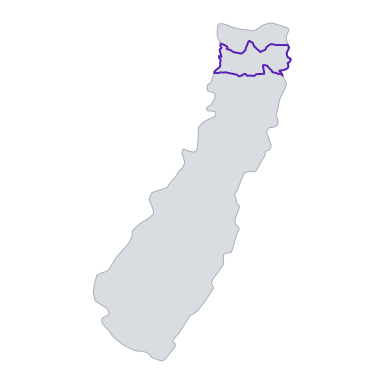 where Bhojpur sits in Nepal, rotated 270°
{"feature_id": "NPL-1134", "entity_name": "Bhojpur", "entity_type": "District", "adm_level": 1, "iso_a3": "NPL", "parent_name": "Nepal", "parent_adm1": "", "projection": "orthographic", "projection_center": [87.293, 27.148], "detail": "fine", "context": "in_parent", "style": "outline", "palette": "violet", "viewbox_px": 384, "rotation_deg": 270, "n_neighbors": 0, "source": "natural_earth", "source_scale": "10m", "svg_char_len": 4893}
<svg xmlns="http://www.w3.org/2000/svg" viewBox="0 0 384 384"><g transform="rotate(270 192 192)"><path d="M358.4,218.0L360.1,219.3L360.3,221.4L360.0,223.8L358.3,228.9L356.7,232.5L354.9,240.0L353.3,253.1L353.7,255.4L358.8,262.9L360.8,268.6L361.0,272.5L358.9,279.1L356.5,286.6L355.3,288.3L354.0,288.9L347.7,286.3L343.5,286.7L338.6,288.1L333.4,287.9L329.2,287.0L323.8,290.0L318.7,288.4L315.4,286.5L313.2,281.4L312.3,280.7L301.4,286.1L298.8,286.4L292.1,283.5L286.6,280.5L284.6,279.7L279.3,278.5L274.5,277.8L269.4,276.0L262.9,278.2L260.3,278.0L257.9,276.3L256.6,272.8L256.4,269.5L254.2,267.2L250.8,266.7L246.0,268.6L239.1,271.2L236.8,270.7L234.8,269.9L234.0,269.2L233.1,266.1L232.0,265.4L230.4,265.3L227.6,264.5L224.1,262.1L213.5,256.5L212.3,254.0L212.4,248.7L211.9,246.5L210.6,244.1L205.2,241.7L194.7,237.6L188.9,234.5L186.1,235.8L180.7,236.9L177.7,239.6L174.3,238.6L166.1,235.5L161.8,234.9L159.1,235.8L158.4,237.4L155.0,239.2L151.8,237.6L145.6,235.4L140.1,234.1L131.8,231.4L131.0,227.6L129.7,223.9L127.7,223.2L120.2,223.7L113.5,219.4L106.3,213.9L103.3,212.1L101.2,211.4L99.4,212.0L97.4,213.1L95.5,213.3L91.6,210.9L86.6,207.5L80.6,203.4L73.5,197.6L70.7,194.4L69.4,192.0L68.0,189.8L61.8,185.9L57.0,182.9L51.1,179.2L50.1,178.4L48.0,176.3L44.6,173.6L41.8,172.7L40.8,174.0L40.0,175.5L37.5,175.0L33.8,172.2L29.9,169.3L26.8,166.6L23.7,163.8L23.0,161.9L24.8,156.1L27.0,151.1L28.6,150.1L31.5,146.9L32.8,141.1L33.0,136.1L36.0,129.2L39.9,121.9L46.4,114.1L49.2,111.6L52.2,109.9L58.1,104.3L59.3,103.4L61.9,102.0L64.3,101.7L66.0,102.6L67.7,105.8L69.8,108.8L72.5,108.8L75.9,106.4L83.1,95.2L92.4,93.2L101.1,94.8L108.7,96.8L110.8,100.8L112.1,104.9L113.0,107.0L115.4,109.6L126.0,115.8L132.2,121.3L140.7,128.6L147.2,132.0L153.0,132.4L156.2,135.3L161.0,140.9L164.9,147.4L170.0,153.4L173.7,153.3L178.7,151.5L184.8,149.2L188.3,150.5L191.5,152.2L192.6,155.3L194.4,161.1L196.4,167.0L199.9,169.2L203.9,172.3L206.1,174.8L213.7,179.4L214.8,181.3L216.3,182.5L218.2,183.3L219.7,184.3L222.2,184.6L231.1,182.1L233.5,182.5L234.9,183.0L234.9,184.0L233.2,188.1L231.8,193.4L233.1,196.1L236.9,197.3L245.2,198.2L256.4,198.3L259.7,201.1L263.1,205.2L266.4,212.1L267.7,215.1L269.4,216.0L272.4,214.8L272.9,212.0L273.1,207.7L275.5,206.3L277.1,207.4L278.9,210.7L283.5,213.7L286.9,215.2L290.1,214.7L291.4,213.6L293.0,207.8L295.6,207.0L298.7,207.4L300.0,208.6L301.2,210.9L305.1,212.0L308.9,213.5L312.6,215.4L317.7,219.7L323.9,220.4L331.2,220.3L335.1,220.4L337.9,220.7L340.4,220.4L347.9,217.3L351.0,217.1L354.8,217.4L358.4,218.0Z" fill="#d9dde1" stroke="#a8b0b8" stroke-width="1"/><path d="M311.2,214.2L312.0,214.3L313.0,214.9L314.3,216.3L316.6,219.4L318.3,220.3L319.4,220.3L321.5,220.1L323.9,220.7L324.9,220.1L325.8,219.3L327.0,218.9L327.9,219.1L327.7,219.8L327.2,220.6L327.2,221.3L328.0,221.3L331.7,220.2L333.4,219.8L334.1,219.7L334.9,220.0L335.1,220.2L335.3,220.6L335.5,221.0L335.8,221.2L336.5,221.3L337.9,220.5L338.5,220.3L339.5,220.5L340.3,220.8L339.3,223.7L338.4,225.6L337.7,226.6L337.2,227.2L336.8,227.4L336.5,227.4L336.2,227.3L335.9,227.1L335.6,226.9L335.3,226.8L335.0,227.0L334.8,227.3L334.4,229.0L334.0,230.3L333.5,231.2L332.7,232.2L332.2,233.0L331.9,233.8L331.4,235.7L331.0,238.5L330.7,239.7L330.5,240.6L330.5,241.3L330.7,241.9L330.9,242.3L333.5,245.1L333.8,245.3L334.2,245.5L336.1,245.9L340.2,247.6L342.0,248.3L342.7,248.7L342.9,249.1L342.9,249.4L343.0,249.7L342.9,249.9L342.6,250.2L342.0,250.8L341.8,251.2L341.7,251.7L341.6,252.1L341.4,252.4L341.0,252.7L340.7,252.9L338.8,253.6L338.3,253.9L337.2,254.7L334.8,257.2L332.8,259.6L332.0,260.4L332.9,261.8L333.9,264.6L334.2,265.1L334.6,265.5L335.3,265.9L337.0,266.6L339.2,269.5L339.8,270.8L339.9,271.1L339.9,271.9L339.0,275.9L338.9,286.2L339.0,287.0L339.2,287.6L338.2,288.4L336.6,289.1L335.1,288.7L332.0,287.0L330.7,286.8L329.3,286.8L327.9,287.2L326.7,287.9L326.3,288.6L325.5,290.3L324.9,290.8L324.4,290.7L322.6,289.9L322.0,289.5L321.6,288.9L321.3,288.2L320.9,287.7L319.6,288.1L317.3,288.4L316.1,287.9L315.1,286.6L314.4,285.0L314.0,283.6L313.5,281.2L313.5,280.4L313.3,279.5L312.8,279.5L312.2,280.1L310.9,281.4L310.4,281.8L308.8,282.4L308.9,282.0L309.9,281.1L310.2,280.6L310.3,280.2L310.3,279.7L310.2,279.2L310.1,278.8L309.9,278.3L310.2,277.8L310.8,276.7L311.8,272.7L312.4,272.1L313.4,271.7L316.4,268.6L317.5,267.8L318.1,267.3L318.4,266.8L318.4,266.5L318.7,265.5L318.8,265.1L319.0,264.2L318.9,263.3L318.2,263.0L316.7,263.1L311.6,264.2L310.2,264.0L309.9,256.8L309.7,256.2L309.2,255.6L308.4,254.8L308.2,254.2L308.1,253.4L308.4,250.6L308.5,249.7L308.2,247.6L308.4,246.8L308.6,246.6L308.9,246.4L309.3,246.2L309.6,246.0L309.8,245.7L310.0,245.4L310.0,244.8L309.9,244.0L308.2,241.1L307.7,239.4L307.9,238.7L308.0,238.4L308.8,237.5L309.3,236.9L309.4,236.5L309.8,234.5L310.0,233.9L310.9,229.1L311.6,226.3L311.7,225.8L311.7,225.2L311.4,223.2L311.5,222.1L311.7,221.2L311.7,220.9L311.6,220.5L311.3,219.5L310.9,217.4L311.0,214.4L311.2,214.2Z" fill="none" stroke="#5b21b6" stroke-width="2"/></g></svg>